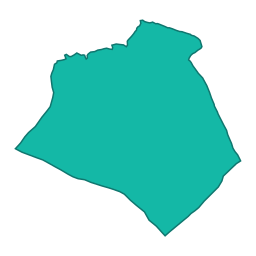 the district of Nrokwia-Wesldow, Grand Kru, Liberia
{"feature_id": "62588387B98873845016712", "entity_name": "Nrokwia-Wesldow", "entity_type": "district", "adm_level": 2, "iso_a3": "LBR", "parent_name": "Liberia", "parent_adm1": "Grand Kru", "projection": "albers", "projection_center": [-8.32, 4.821], "detail": "fine", "context": "isolated", "style": "filled", "palette": "teal", "viewbox_px": 256, "rotation_deg": 0, "n_neighbors": 0, "source": "geoboundaries", "source_scale": "gbopen_adm2", "svg_char_len": 1958}
<svg xmlns="http://www.w3.org/2000/svg" viewBox="0 0 256 256"><path d="M240.6,160.9L239.6,158.8L237.6,154.8L234.9,151.5L232.9,148.1L231.5,143.4L229.8,139.6L227.7,134.7L226.6,130.4L224.0,125.6L219.4,116.6L218.0,113.8L217.4,112.0L214.4,106.1L214.1,104.3L211.5,98.2L209.5,92.3L208.8,90.6L206.7,85.4L205.9,84.0L203.4,79.4L202.7,78.0L198.2,73.2L197.7,72.4L192.9,65.8L191.2,62.6L190.1,61.1L188.6,59.9L189.1,58.2L190.7,55.5L192.6,53.7L194.9,52.6L198.0,50.1L199.4,49.3L201.0,48.2L201.9,46.7L201.3,44.5L200.9,43.3L200.1,40.5L198.0,38.4L194.2,36.0L191.4,35.3L190.5,34.4L186.4,33.2L182.0,31.7L179.7,31.5L176.3,30.4L172.4,28.8L169.4,27.8L167.7,27.8L164.7,26.4L159.0,24.1L157.6,23.6L155.6,23.7L152.6,22.1L151.8,22.4L149.7,22.9L147.3,22.4L144.7,21.6L142.7,20.2L140.3,20.6L140.8,23.3L139.7,25.8L138.0,26.8L136.8,28.2L136.4,30.3L135.2,31.4L133.7,33.7L131.5,36.4L128.3,39.8L127.3,41.2L127.5,45.1L126.3,46.7L123.5,44.9L120.0,44.5L116.2,44.0L111.9,45.2L112.7,47.7L112.2,49.4L109.8,49.1L106.6,48.2L104.1,48.7L101.5,49.5L97.8,50.1L94.7,51.6L90.6,52.1L88.2,54.0L87.2,55.5L87.4,58.0L86.2,59.0L85.4,57.5L84.6,55.2L83.1,54.9L81.1,55.3L79.7,54.5L76.8,53.0L74.3,54.8L71.1,56.6L69.3,56.5L67.1,54.9L66.3,54.4L64.7,55.2L66.0,58.8L64.3,59.6L61.5,60.3L57.3,61.0L56.8,62.8L54.5,64.3L53.3,69.7L51.8,73.2L50.9,76.4L51.4,81.1L52.2,87.3L53.7,92.6L52.8,97.4L50.2,106.7L47.1,110.8L46.3,111.8L41.9,117.2L35.4,126.5L28.6,132.5L24.8,136.9L20.6,143.0L15.4,148.7L16.1,149.1L22.0,152.2L28.4,154.6L36.9,157.8L42.8,159.9L49.7,163.7L55.0,166.7L60.4,169.6L68.1,174.2L73.0,176.8L78.1,178.7L84.6,179.7L91.0,182.4L101.9,185.9L108.9,187.9L113.2,189.3L119.9,191.7L124.4,194.2L130.5,200.3L136.2,205.2L144.5,211.9L146.7,215.9L149.1,220.2L156.4,226.2L157.2,227.1L162.5,233.0L165.1,235.8L169.7,231.7L182.0,221.5L188.2,216.4L191.0,213.5L194.7,210.9L198.7,207.6L204.1,201.2L210.4,194.9L218.3,187.0L221.9,181.0L223.3,176.1L230.7,169.0L236.4,163.6L240.6,160.9Z" fill="#14b8a6" stroke="#0f766e" stroke-width="1.5"/></svg>